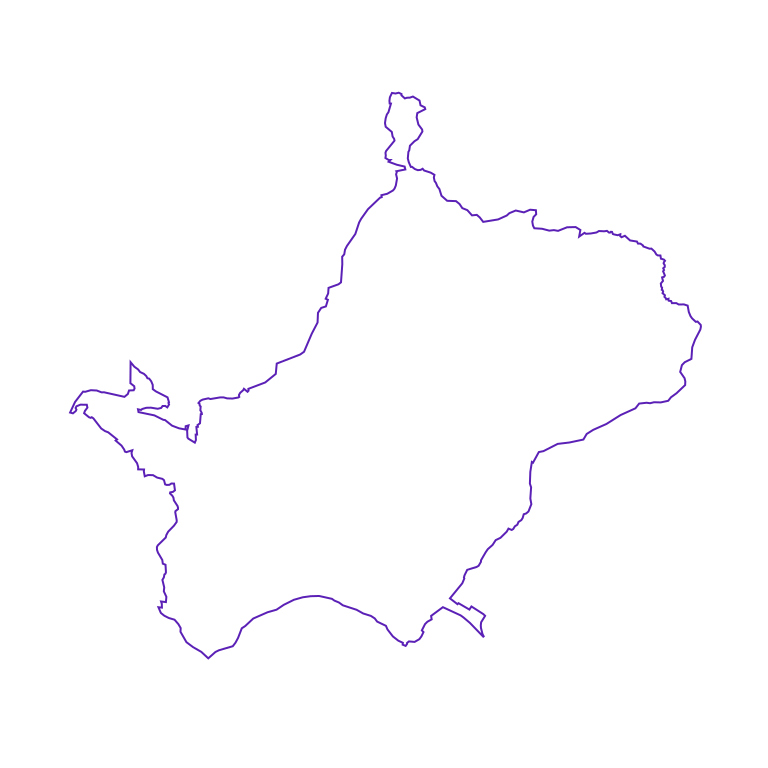 outline of Salva, Bistrita-Nasaud, Romania, rotated 6°
{"feature_id": "2599482B98340268972842", "entity_name": "Salva", "entity_type": "district", "adm_level": 2, "iso_a3": "ROU", "parent_name": "Romania", "parent_adm1": "Bistrita-Nasaud", "projection": "equal_earth", "projection_center": [24.357, 47.327], "detail": "fine", "context": "isolated", "style": "outline", "palette": "violet", "viewbox_px": 768, "rotation_deg": 6, "n_neighbors": 0, "source": "geoboundaries", "source_scale": "gbopen_adm2", "svg_char_len": 6133}
<svg xmlns="http://www.w3.org/2000/svg" viewBox="0 0 768 768"><g transform="rotate(6 384 384)"><path d="M434.1,640.1L434.0,639.1L435.7,637.4L441.4,637.3L445.8,634.1L447.6,631.1L449.2,626.6L447.4,625.1L449.9,618.5L452.0,615.9L456.0,613.1L455.1,609.7L465.9,599.8L484.4,606.1L487.5,607.9L494.4,612.6L509.1,624.9L509.5,624.5L508.1,622.4L505.9,616.4L505.5,614.0L505.5,610.8L508.8,604.0L506.9,602.5L494.2,596.1L492.5,599.4L481.0,594.2L480.1,595.3L472.0,590.3L482.7,574.0L484.2,569.0L483.7,568.1L484.1,565.8L486.2,560.1L495.2,556.3L497.1,554.9L499.0,550.7L498.9,549.2L502.7,540.7L504.5,537.4L508.8,532.7L511.4,527.6L515.9,524.8L521.5,518.0L522.9,514.8L526.3,515.8L527.7,514.7L529.0,511.9L531.3,510.0L532.2,507.1L534.8,505.0L535.9,502.8L536.6,498.9L538.9,497.9L541.0,495.7L543.1,488.1L541.5,482.6L541.1,471.4L539.5,467.8L538.7,456.0L539.2,446.1L540.4,446.7L545.1,435.5L549.6,434.1L563.0,425.4L574.5,422.8L588.1,418.4L590.8,412.5L596.9,407.7L609.4,400.5L622.6,390.1L636.6,381.9L639.8,376.8L647.1,375.2L650.6,375.3L654.5,373.9L661.1,373.4L668.4,371.0L670.8,367.2L675.9,362.6L683.6,353.6L683.4,350.0L682.3,346.8L677.3,341.0L678.3,334.1L680.8,330.9L687.1,326.9L686.7,315.3L688.7,307.5L692.9,296.8L693.2,293.9L692.8,292.1L690.2,289.9L689.3,289.1L687.6,289.6L683.5,286.5L681.7,284.4L679.6,280.5L677.8,274.3L674.0,273.5L668.7,274.1L666.3,273.0L661.9,273.5L660.9,271.5L658.4,271.4L658.0,270.7L658.0,269.5L655.8,270.3L655.3,269.2L653.8,268.0L654.1,266.4L651.5,264.5L652.0,263.1L651.3,261.6L650.4,261.3L650.5,259.1L649.5,258.2L648.8,255.1L650.7,252.3L649.4,248.9L651.3,248.1L652.0,246.7L649.8,242.7L650.6,241.4L649.6,239.7L651.0,238.2L650.8,236.5L649.5,234.9L649.6,233.6L650.6,232.1L649.4,231.0L646.3,230.4L645.5,227.3L642.8,227.5L641.3,226.7L639.3,224.0L635.8,221.4L633.9,221.7L627.5,220.1L627.1,219.2L624.4,217.6L621.9,217.8L620.7,215.9L613.7,215.5L608.1,211.4L604.9,213.2L603.5,212.3L603.4,210.4L600.9,211.6L597.2,211.2L595.9,210.9L594.9,208.9L593.7,208.9L593.0,209.8L592.0,209.9L589.7,208.4L587.2,209.1L581.8,209.4L579.5,211.1L573.9,212.7L569.1,213.5L567.6,212.7L562.7,217.0L563.2,210.3L558.2,207.9L549.7,209.0L541.1,213.5L536.9,213.2L532.3,214.2L525.0,213.1L517.2,213.4L515.6,210.9L514.5,207.0L515.3,202.2L517.6,199.3L516.9,195.3L511.1,195.4L505.2,198.7L496.9,197.7L490.8,201.0L488.5,203.6L480.3,208.4L465.7,212.4L461.8,208.3L458.6,206.1L453.9,207.1L448.7,202.4L443.5,200.9L440.3,197.1L436.5,194.6L427.7,195.2L421.5,190.8L418.7,184.3L416.4,181.9L414.6,178.5L413.1,176.9L412.0,173.4L412.3,170.7L408.3,168.9L401.6,167.5L399.9,165.9L398.1,167.2L395.3,167.8L392.2,167.0L389.2,165.1L388.0,165.3L385.5,160.9L384.1,157.2L384.0,150.6L384.7,148.9L384.9,144.3L388.9,139.4L391.9,137.0L395.8,128.9L395.3,126.9L391.1,122.4L388.6,115.4L388.8,111.1L396.3,106.3L395.6,104.6L391.2,103.0L389.7,98.4L382.7,95.1L379.8,96.5L376.9,96.9L374.9,97.8L371.2,95.1L371.1,93.8L368.2,92.8L365.1,93.9L361.5,93.7L359.9,98.2L359.8,101.8L360.3,104.4L361.6,104.4L360.0,113.3L358.7,115.6L357.9,119.5L357.7,124.4L358.8,128.0L365.4,132.5L366.7,137.0L368.5,139.2L369.0,140.9L361.7,152.1L361.3,153.9L361.9,156.6L361.8,159.1L365.4,160.8L366.9,160.6L365.4,162.5L373.8,164.6L381.8,165.6L382.8,168.4L374.1,171.1L374.6,171.7L374.1,174.2L375.5,178.2L375.0,185.4L374.0,188.7L372.7,190.6L367.3,194.5L361.7,196.5L362.2,198.4L360.6,199.1L349.8,211.8L344.0,222.1L342.4,225.9L339.8,237.8L332.7,250.6L331.2,254.5L330.9,259.2L329.1,261.8L330.0,269.2L330.6,287.4L328.3,289.6L318.8,294.2L319.0,299.8L317.1,305.3L319.4,306.1L318.1,312.9L313.6,314.9L310.9,320.1L311.5,329.8L306.9,341.5L301.1,360.3L297.6,363.4L275.2,374.9L275.3,385.3L265.7,394.9L249.6,403.0L250.0,404.8L249.1,406.0L245.2,403.4L244.6,404.9L241.9,407.8L240.9,410.1L241.4,412.0L240.4,412.7L234.9,414.3L229.5,414.7L225.9,414.1L222.3,414.5L212.9,417.1L210.8,416.6L205.2,418.5L203.1,419.9L201.5,422.3L202.6,423.0L203.0,424.7L204.0,425.5L204.1,429.3L205.8,431.9L206.0,432.9L204.9,433.1L205.1,442.3L202.8,444.4L203.4,446.0L201.9,446.4L203.4,453.8L202.0,454.0L202.8,459.3L202.0,462.1L195.1,458.8L194.1,457.7L193.1,451.0L193.9,445.6L191.2,446.7L191.3,450.0L184.8,449.5L177.6,447.6L169.9,442.7L168.3,442.7L158.9,439.2L142.8,437.6L142.0,434.9L145.1,435.2L146.2,434.1L150.1,432.5L154.7,431.9L161.5,432.3L164.9,431.1L166.1,429.0L168.8,428.7L170.9,429.9L172.4,426.8L171.6,425.4L172.1,424.7L170.1,419.9L157.9,415.2L154.6,413.3L154.1,409.1L152.2,405.6L149.9,403.2L148.1,403.0L146.8,401.0L144.2,399.0L140.2,397.6L137.9,395.2L133.9,392.9L129.7,388.8L131.7,409.7L135.8,412.3L136.4,414.6L135.7,416.4L131.1,417.1L130.3,420.7L127.2,423.9L106.5,421.5L103.9,421.8L99.0,420.5L93.1,420.8L87.6,423.0L85.5,423.0L78.6,434.2L74.8,445.2L77.7,445.7L80.2,443.2L80.8,441.7L79.8,440.1L80.5,438.3L84.2,436.3L90.6,435.7L91.5,438.5L89.4,442.0L88.8,444.4L94.1,447.9L95.9,448.3L96.8,447.6L98.5,448.5L107.4,457.8L111.5,460.0L114.8,460.9L124.3,467.0L123.0,468.3L129.4,472.7L132.5,476.4L133.4,478.3L134.9,478.7L140.6,476.2L140.1,479.0L141.1,482.3L146.7,488.6L148.2,492.2L148.4,494.6L154.3,494.1L154.3,496.1L155.7,500.8L158.9,499.2L163.8,498.8L168.2,500.8L173.5,501.5L175.3,502.7L176.8,506.7L178.4,507.1L181.1,506.7L182.9,505.2L185.6,505.0L187.2,511.6L185.3,513.4L182.7,514.1L182.6,515.2L185.1,517.2L186.4,518.9L187.2,521.7L191.4,526.9L192.1,528.6L192.2,530.0L189.9,532.2L189.8,533.4L192.1,541.2L192.2,542.9L189.9,546.9L184.8,553.4L183.3,557.0L183.0,559.5L175.9,568.1L175.2,569.9L175.6,572.7L176.8,575.3L181.9,582.2L182.8,585.8L185.6,586.6L186.6,592.6L186.8,594.3L186.4,595.6L185.5,596.4L185.3,599.3L184.1,602.0L186.7,609.3L186.7,613.2L189.8,618.4L189.9,623.7L185.0,623.6L186.0,625.8L186.5,629.6L183.0,629.6L186.0,635.0L189.7,637.4L194.4,639.2L200.3,640.3L204.6,644.3L207.3,648.0L207.5,651.7L214.5,661.4L221.7,665.7L230.3,669.5L237.9,675.2L244.4,668.1L247.8,666.0L261.0,660.6L263.3,656.9L265.4,651.8L268.1,641.8L271.2,639.3L278.5,630.9L292.0,623.2L300.7,619.7L307.4,614.1L317.0,608.0L325.5,604.6L333.3,602.7L341.6,601.6L354.7,603.1L357.3,604.6L362.0,606.0L366.2,608.4L380.3,611.4L387.3,614.4L395.2,616.0L399.3,618.1L402.0,621.0L411.2,624.3L413.1,627.7L419.2,634.1L425.1,637.8L429.8,639.4L429.8,641.3L432.9,642.2L434.1,640.1Z" fill="none" stroke="#5b21b6" stroke-width="2"/></g></svg>